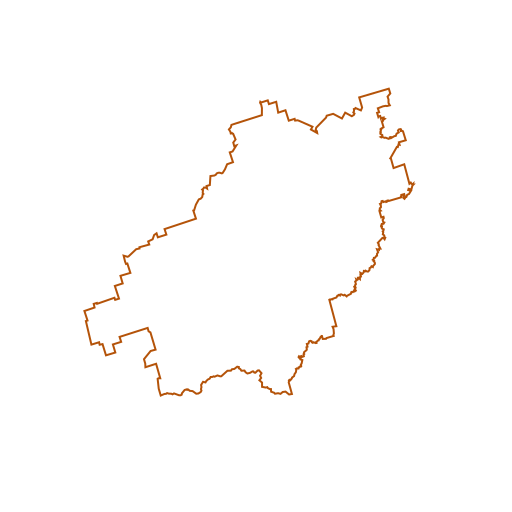 Charters Towers, Queensland, Australia, rotated 68°
{"feature_id": "25037944B10597176528862", "entity_name": "Charters Towers", "entity_type": "district", "adm_level": 2, "iso_a3": "AUS", "parent_name": "Australia", "parent_adm1": "Queensland", "projection": "albers", "projection_center": [146.233, -20.209], "detail": "fine", "context": "isolated", "style": "outline", "palette": "amber", "viewbox_px": 512, "rotation_deg": 68, "n_neighbors": 0, "source": "geoboundaries", "source_scale": "gbopen_adm2", "svg_char_len": 6071}
<svg xmlns="http://www.w3.org/2000/svg" viewBox="0 0 512 512"><g transform="rotate(68 256 256)"><path d="M276.5,441.8L277.2,433.8L279.7,434.2L280.2,431.3L291.9,432.3L292.8,422.6L284.4,421.8L285.1,413.2L279.9,412.8L282.1,383.4L285.6,383.8L287.3,382.5L305.2,384.2L304.6,389.3L309.7,398.5L314.3,399.0L317.7,400.2L318.5,389.0L333.5,390.6L332.8,392.3L333.0,393.2L342.6,395.9L349.7,396.6L349.6,392.6L350.1,391.1L349.8,389.8L350.9,388.5L352.0,386.1L353.0,385.2L352.7,383.5L356.3,379.5L356.9,378.0L356.7,376.8L355.6,376.2L353.5,372.4L353.6,371.0L354.2,370.1L353.8,369.8L354.2,369.0L356.2,367.9L357.5,365.4L361.3,363.0L361.9,360.9L361.4,358.2L360.4,357.0L358.8,356.9L357.2,355.7L355.0,355.2L352.8,352.2L354.3,350.2L353.4,349.1L352.5,347.0L352.4,345.0L351.2,343.4L351.8,341.7L351.7,340.4L352.4,339.6L352.3,336.5L354.2,334.2L354.5,333.2L351.7,325.5L352.9,322.2L352.0,320.7L352.6,318.4L351.6,314.9L352.5,313.5L353.7,314.0L355.0,312.9L356.9,312.5L357.9,309.6L359.9,309.2L361.7,308.0L362.1,305.4L361.7,302.5L362.0,301.7L363.5,301.2L364.0,300.3L362.8,297.4L363.1,296.1L366.7,294.8L368.6,297.1L371.0,296.9L372.5,299.4L375.6,297.8L379.6,299.4L381.7,296.1L381.8,294.7L382.9,294.5L384.6,293.0L385.0,292.0L387.5,292.8L389.6,290.4L390.8,290.0L391.5,286.9L393.0,284.9L392.1,282.2L392.8,279.4L396.8,277.2L397.4,274.4L385.4,273.0L384.4,272.2L383.8,272.2L383.3,271.4L383.4,270.8L384.0,270.6L383.0,268.7L382.2,268.1L381.6,265.7L380.0,264.6L378.7,262.6L376.5,261.2L375.7,261.3L375.5,260.2L376.2,258.8L375.3,258.2L375.5,257.7L374.9,256.9L375.4,255.9L375.1,255.3L373.5,255.1L372.8,254.0L369.8,252.0L368.5,253.6L367.7,253.6L367.3,252.8L366.5,254.2L365.7,254.4L365.1,253.7L365.8,253.3L365.7,251.4L366.9,250.6L366.9,249.2L365.4,248.9L365.0,248.1L364.5,248.4L363.1,247.3L362.2,244.4L361.5,243.8L359.5,243.4L359.4,242.2L356.6,241.8L356.8,240.2L355.0,238.7L355.0,237.4L355.8,236.4L356.8,236.6L357.6,236.1L357.4,235.2L358.2,234.6L358.3,233.3L359.1,233.2L359.3,232.5L358.6,232.3L357.6,230.6L357.7,229.5L356.8,228.9L356.8,228.2L355.3,226.5L355.6,225.9L354.7,225.2L354.9,224.8L357.9,225.2L359.0,222.1L358.5,221.4L359.2,213.9L358.3,213.9L357.0,212.8L352.9,211.5L350.3,211.5L351.2,207.8L323.2,204.3L324.7,203.9L324.2,202.4L324.9,201.3L324.4,200.7L324.6,197.0L323.4,195.6L323.6,195.2L323.0,194.1L324.0,193.0L323.3,192.7L323.4,191.5L325.4,189.4L325.2,188.3L327.4,187.1L327.0,186.5L326.6,182.2L325.2,181.2L325.2,180.3L325.8,179.8L325.2,177.9L325.8,177.7L325.5,176.4L324.8,176.5L325.1,177.6L324.5,177.8L322.8,175.5L322.0,175.6L322.3,176.4L321.2,176.4L321.0,175.3L320.1,175.0L319.5,173.9L316.8,173.6L316.3,171.9L315.4,171.8L315.9,171.5L315.9,170.4L314.3,169.7L314.4,169.3L316.3,168.3L314.5,167.6L314.4,166.4L312.7,166.3L312.5,165.2L311.7,165.7L310.7,165.5L312.4,164.1L311.5,162.3L310.3,161.6L311.1,160.6L310.6,160.0L312.0,158.8L312.4,157.8L311.6,156.1L309.8,155.2L309.7,153.9L308.8,152.8L310.0,151.8L309.2,151.3L307.9,148.7L306.4,148.3L304.9,148.9L304.5,148.3L303.3,149.1L302.8,147.9L301.9,147.4L302.2,146.3L301.0,144.4L301.0,143.6L299.3,143.0L298.3,141.4L295.1,141.3L295.8,140.4L295.6,139.7L296.2,139.4L295.3,138.8L295.7,137.9L291.7,138.3L291.1,137.7L289.4,138.1L286.6,132.0L286.8,131.1L288.7,130.5L287.5,129.3L286.9,129.8L284.9,129.4L283.4,130.3L281.8,129.2L280.6,129.3L280.4,128.5L279.1,127.6L278.1,128.7L277.1,128.9L275.8,128.1L275.5,128.9L275.1,128.9L273.4,127.4L273.9,125.7L273.0,124.5L272.3,125.3L270.0,125.1L268.7,123.3L267.4,123.1L267.2,125.4L260.6,124.7L260.7,123.4L259.4,124.0L258.1,123.3L257.7,122.0L256.4,121.4L254.2,121.5L254.3,120.4L252.2,119.0L252.4,117.9L253.7,117.7L253.9,115.2L254.7,115.1L254.7,114.2L253.8,113.4L254.1,112.5L254.7,112.3L256.0,99.3L254.9,99.2L254.7,98.4L253.8,98.3L254.1,95.4L255.5,95.6L255.4,96.3L257.5,97.5L258.6,96.9L257.6,95.4L257.6,94.5L255.9,92.9L255.8,90.9L253.6,87.9L251.9,90.2L250.8,89.3L252.5,87.0L249.3,84.6L248.7,83.2L248.5,83.7L247.9,83.3L248.2,84.1L247.5,84.7L245.9,85.0L246.5,86.7L226.5,84.2L226.0,95.5L216.3,94.4L215.8,94.9L207.6,84.5L208.1,83.7L205.9,82.1L206.6,81.2L204.1,80.9L204.8,73.8L195.4,73.0L194.7,73.6L194.4,74.8L192.9,74.1L192.4,74.6L192.2,76.3L192.9,77.4L194.9,77.4L195.2,79.8L197.0,81.4L196.7,82.8L197.2,86.1L196.5,86.0L196.0,87.0L196.1,87.5L197.1,87.6L197.0,89.2L194.8,91.5L194.6,92.5L192.9,94.4L193.0,95.4L192.4,95.8L192.4,94.5L191.9,93.8L191.1,93.6L189.4,94.9L188.5,94.7L188.1,94.0L187.4,94.1L187.0,93.5L185.0,93.0L184.8,92.3L185.2,92.1L184.7,91.6L184.4,89.5L178.2,88.9L178.3,87.7L177.5,87.2L177.0,85.2L176.5,85.7L176.4,86.8L175.4,86.0L175.0,88.0L175.4,88.7L172.7,88.4L172.5,89.9L172.9,90.5L168.6,90.1L168.8,88.0L164.7,87.7L164.8,82.2L165.4,79.3L166.0,78.5L166.4,75.5L163.7,75.8L160.5,74.5L157.5,74.3L155.6,70.6L150.6,70.2L147.6,100.9L158.1,102.0L160.3,104.2L156.1,108.3L156.6,108.8L156.4,110.2L158.3,110.8L159.4,112.0L160.8,111.3L161.8,112.3L162.3,114.8L156.5,119.6L160.7,124.8L153.1,131.2L152.4,137.9L153.9,139.2L159.5,152.0L161.4,153.4L163.0,152.8L164.9,153.2L159.3,157.7L157.3,155.2L146.6,165.6L145.7,166.7L145.1,169.0L143.3,168.8L142.8,174.9L131.9,174.1L131.4,181.7L120.6,179.5L120.0,187.1L116.1,186.8L115.6,193.6L114.6,194.2L115.4,194.8L117.8,194.5L121.1,195.1L127.6,197.8L125.2,229.6L127.3,231.2L128.5,233.7L131.2,233.2L132.9,233.5L133.0,232.3L133.5,232.3L134.1,231.4L140.3,231.3L142.3,234.6L146.0,235.0L146.1,232.8L150.3,238.6L150.1,241.5L160.4,242.2L160.1,248.4L164.0,252.3L166.5,255.8L166.6,256.7L165.1,258.6L164.7,259.8L164.7,261.5L165.6,262.8L165.8,264.4L164.8,268.3L172.9,272.2L172.6,275.6L175.1,276.1L173.6,277.1L173.0,278.6L173.8,279.5L174.2,281.0L175.3,280.6L177.5,281.8L178.7,281.5L179.0,282.4L181.2,283.8L182.2,286.0L182.0,287.4L182.4,288.2L185.9,292.5L190.5,296.3L190.4,297.1L198.9,297.7L196.8,330.7L202.6,331.1L201.9,340.0L197.7,339.7L198.4,342.6L201.8,345.6L202.1,350.5L205.4,350.7L204.2,360.8L205.4,361.2L204.8,364.5L208.6,374.3L208.6,375.4L206.1,378.6L212.2,379.5L214.7,379.5L214.8,378.1L224.6,378.8L223.6,389.1L231.5,389.9L230.9,398.1L244.2,399.0L243.9,403.0L241.7,402.9L240.8,421.2L239.9,421.1L239.6,424.4L243.3,425.0L242.7,435.7L252.7,436.4L252.6,438.1L276.5,441.8Z" fill="none" stroke="#b45309" stroke-width="2"/></g></svg>